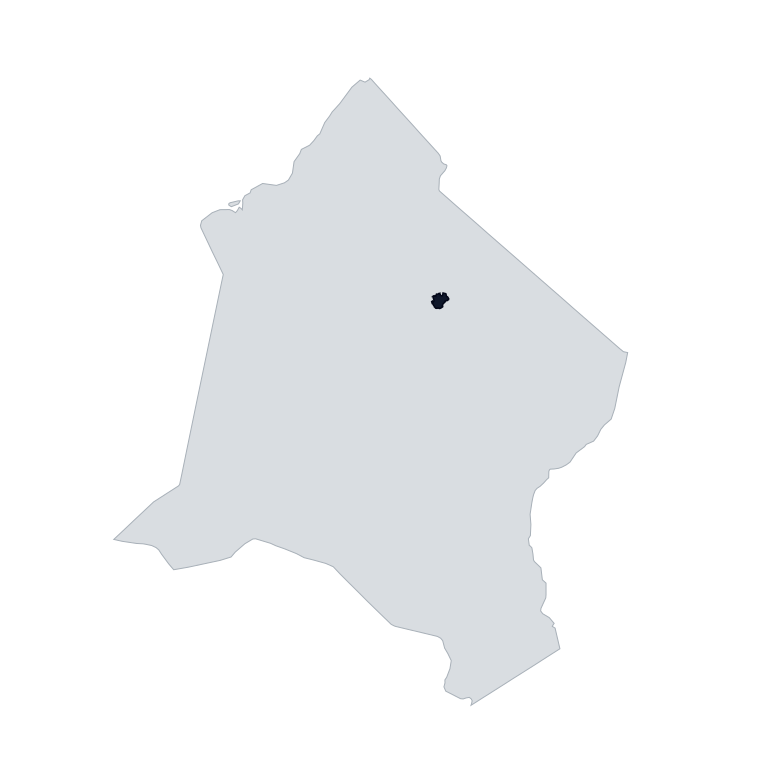 Matungulu, Eastern, Kenya (highlighted), rotated 192°
{"feature_id": "3690345B24621984513520", "entity_name": "Matungulu", "entity_type": "district", "adm_level": 2, "iso_a3": "KEN", "parent_name": "Kenya", "parent_adm1": "Eastern", "projection": "orthographic", "projection_center": [37.26, -1.206], "detail": "fine", "context": "in_parent", "style": "filled", "palette": "ink", "viewbox_px": 768, "rotation_deg": 192, "n_neighbors": 0, "source": "geoboundaries", "source_scale": "gbopen_adm2", "svg_char_len": 5720}
<svg xmlns="http://www.w3.org/2000/svg" viewBox="0 0 768 768"><g transform="rotate(192 384 384)"><path d="M152.2,465.4L152.0,455.4L153.4,430.2L153.2,408.0L154.5,396.9L159.9,389.8L162.5,384.7L164.3,377.6L167.1,371.7L173.6,367.0L174.8,364.4L181.7,356.5L185.8,346.3L188.9,342.8L192.8,339.6L195.6,337.9L200.1,336.2L203.6,335.3L204.3,334.5L204.6,332.8L203.4,326.5L204.9,324.5L207.3,320.3L210.1,316.3L212.6,313.8L214.0,311.3L214.7,306.8L214.8,303.7L214.7,298.5L214.0,286.9L211.1,277.1L209.3,266.2L210.6,262.6L208.3,256.2L207.2,255.9L205.3,254.5L202.9,248.5L201.2,243.0L200.0,241.6L192.3,236.8L188.4,225.4L184.1,222.9L181.7,211.6L181.3,208.4L183.8,197.2L183.6,194.6L181.0,192.3L173.7,189.8L167.8,185.2L168.5,183.6L169.0,181.9L165.9,180.8L156.9,161.6L168.6,150.1L180.4,138.4L195.6,123.6L209.4,110.0L221.4,98.3L232.1,87.8L231.9,89.8L231.9,92.5L233.2,94.1L235.4,95.2L238.4,94.0L241.1,92.4L243.7,92.1L259.7,96.4L262.4,100.2L262.2,104.3L262.9,107.2L261.7,110.2L260.3,119.2L260.7,127.4L265.5,133.6L269.8,138.3L273.2,145.1L275.7,147.1L279.2,148.2L290.2,148.5L306.5,148.9L322.2,149.3L323.7,149.5L327.0,150.4L341.5,159.5L354.7,167.8L365.9,175.1L376.8,182.1L387.4,189.0L395.6,194.7L403.7,196.4L416.9,197.2L426.0,197.5L434.4,199.9L446.9,202.1L456.2,203.3L461.9,204.6L477.5,205.9L480.1,205.1L486.9,198.8L494.6,188.6L497.6,183.0L507.6,177.4L525.1,169.6L537.4,164.1L551.1,158.6L557.3,163.4L566.0,171.1L569.8,174.9L572.9,176.6L577.6,177.7L583.3,177.7L586.4,177.6L592.7,176.6L607.5,175.7L616.0,175.8L608.9,186.0L600.5,198.2L584.8,220.8L572.8,232.7L563.8,241.6L563.0,243.2L563.0,253.3L563.2,277.8L563.5,326.8L563.7,375.8L563.9,424.9L564.0,449.5L564.0,457.7L572.0,468.1L579.8,478.1L590.0,491.5L595.5,498.7L596.5,501.0L596.2,505.8L587.7,515.8L580.7,520.4L571.4,522.5L568.6,522.1L564.9,520.7L563.5,523.1L562.4,526.8L560.3,526.0L558.8,524.9L559.7,531.5L560.6,534.8L559.2,539.3L554.7,543.1L554.3,546.4L544.4,554.9L530.5,555.9L523.2,560.1L519.9,563.6L517.4,571.2L518.2,582.8L514.3,591.8L513.6,596.3L506.4,602.1L503.2,607.5L500.8,612.9L498.8,615.3L496.3,627.5L492.9,634.8L492.0,637.3L491.2,639.5L488.6,643.8L486.9,646.8L485.7,648.8L477.1,667.7L470.5,676.3L465.3,675.3L461.8,678.6L461.5,680.2L459.6,679.3L455.3,676.1L446.4,669.7L437.5,663.3L428.6,656.8L419.7,650.4L410.8,644.0L401.9,637.5L393.0,631.1L384.1,624.7L378.8,620.9L376.5,618.7L374.7,614.2L373.8,613.1L371.4,611.7L368.6,611.4L367.8,610.6L367.9,608.4L368.8,605.3L372.1,599.4L372.5,596.0L371.8,592.0L370.8,585.7L369.9,584.3L364.0,581.0L351.6,574.0L339.2,567.1L326.8,560.2L314.4,553.2L302.0,546.3L289.6,539.4L277.2,532.5L264.7,525.5L252.3,518.6L239.9,511.7L227.5,504.8L215.1,497.8L202.7,490.9L190.3,484.0L177.9,477.1L165.5,470.2L160.8,467.6L156.6,465.4L152.2,465.4ZM564.8,532.8L562.7,533.3L563.8,529.9L570.2,525.7L572.8,526.6L573.3,527.6L573.1,528.5L572.0,529.4L564.8,532.8Z" fill="#d9dde1" stroke="#a8b0b8" stroke-width="1"/><path d="M341.5,476.6L341.6,476.8L341.7,477.0L341.4,477.1L341.3,477.3L341.5,477.3L341.5,477.6L341.5,477.8L341.4,477.9L341.4,478.0L341.2,478.1L340.7,478.2L340.6,478.3L340.4,478.6L340.2,478.6L339.8,478.6L339.7,478.6L339.4,478.9L339.4,479.0L339.4,479.3L339.3,479.5L339.2,479.5L339.1,479.4L338.9,479.4L338.8,479.5L338.8,479.8L338.8,480.0L338.7,480.2L338.4,480.2L338.4,480.3L338.5,480.4L338.5,480.5L338.4,480.6L338.4,480.8L338.5,480.9L338.6,481.0L338.8,481.3L339.1,481.6L339.3,481.8L339.5,482.1L339.8,482.3L340.0,482.5L340.9,482.5L341.5,483.7L342.3,485.2L344.8,485.3L345.2,485.3L345.1,482.8L345.2,482.6L345.3,482.6L345.6,482.3L345.8,482.2L346.8,482.3L347.0,482.4L347.1,482.5L347.3,482.6L347.3,482.8L347.5,483.0L347.5,483.3L347.8,483.5L348.0,483.6L348.0,483.8L348.2,484.0L348.3,484.0L348.3,484.3L348.5,484.2L348.8,484.1L349.0,484.1L349.5,483.7L349.6,483.4L349.7,483.2L349.8,483.2L350.1,483.0L350.3,482.9L350.9,483.0L351.0,483.0L351.1,482.9L351.4,482.8L351.4,482.7L351.3,482.4L351.4,482.2L351.5,481.9L351.4,481.9L351.4,481.7L351.5,481.6L351.6,481.4L351.6,481.2L351.7,481.3L351.9,481.1L352.0,481.1L352.1,480.9L352.4,481.1L352.5,481.1L352.6,480.9L352.8,480.8L352.7,480.6L352.8,480.5L352.9,480.4L353.0,480.3L353.1,480.2L353.3,480.1L353.5,480.2L353.7,480.3L353.8,480.4L353.9,480.5L354.0,480.5L354.2,480.2L354.2,479.9L354.2,479.7L354.3,479.6L354.2,479.6L354.1,479.4L353.9,479.2L353.9,478.9L353.8,478.7L353.7,478.6L353.7,478.4L353.6,478.2L353.4,477.8L353.3,477.7L353.2,477.5L353.0,477.2L352.9,477.0L352.8,476.9L352.7,476.8L352.7,476.7L352.5,476.4L352.4,476.1L352.4,475.9L352.6,475.5L352.6,475.4L352.5,475.1L352.6,474.9L352.8,475.2L353.1,475.2L353.3,475.2L353.5,475.3L353.8,475.3L353.8,475.2L354.0,475.1L354.1,474.9L354.3,474.6L354.5,474.4L354.4,474.2L354.2,473.9L353.9,473.6L353.7,473.4L353.6,473.2L353.7,472.9L353.5,472.6L353.4,472.6L353.2,472.7L352.9,472.5L352.8,472.4L352.7,472.3L352.6,472.2L352.4,472.1L352.4,471.9L352.2,471.6L351.9,471.3L351.7,471.1L351.5,470.9L351.4,470.8L351.1,470.6L350.9,470.4L350.6,470.0L350.6,469.9L350.4,469.9L350.1,469.7L349.8,469.3L349.6,469.2L349.4,469.2L349.2,469.2L348.9,469.0L348.9,468.9L348.7,468.9L348.5,469.0L348.4,469.0L348.0,469.0L347.9,469.0L347.7,469.1L347.4,469.3L347.2,469.4L347.2,469.5L346.9,469.7L346.7,469.6L346.3,469.5L346.1,469.4L345.7,469.4L345.7,469.5L345.4,469.6L345.2,469.6L344.9,469.6L344.7,469.7L344.5,469.9L344.4,470.0L344.2,470.2L344.1,470.3L343.8,470.4L343.7,470.5L343.5,470.8L343.4,470.9L343.4,471.1L343.2,471.3L342.9,471.4L342.7,471.6L342.6,471.8L342.7,472.0L342.8,472.2L342.8,472.3L342.9,472.5L343.0,472.6L343.0,472.8L343.3,472.9L343.3,473.0L343.2,473.2L343.1,473.4L343.1,473.5L343.0,474.0L343.0,474.3L343.1,474.5L343.0,474.8L342.9,474.9L342.7,475.0L342.5,475.3L342.4,475.4L342.4,475.5L342.2,475.8L342.1,476.0L341.9,476.1L341.8,476.3L341.7,476.3L341.5,476.6Z" fill="#0f172a" stroke="#020617" stroke-width="1.5"/></g></svg>